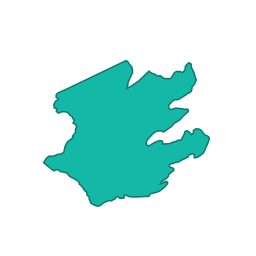 São João de Pirabas, Pará, Brazil (Equal Earth projection), rotated 54°
{"feature_id": "56859067B96544819367141", "entity_name": "São João de Pirabas", "entity_type": "district", "adm_level": 2, "iso_a3": "BRA", "parent_name": "Brazil", "parent_adm1": "Pará", "projection": "equal_earth", "projection_center": [-47.192, -0.774], "detail": "fine", "context": "isolated", "style": "filled", "palette": "teal", "viewbox_px": 256, "rotation_deg": 54, "n_neighbors": 0, "source": "geoboundaries", "source_scale": "gbopen_adm2", "svg_char_len": 3372}
<svg xmlns="http://www.w3.org/2000/svg" viewBox="0 0 256 256"><g transform="rotate(54 128 128)"><path d="M58.4,164.8L59.0,166.6L61.0,168.2L63.5,167.0L63.9,168.6L63.7,170.4L65.2,174.1L68.4,175.9L70.4,174.2L72.4,176.2L73.7,175.9L75.1,175.5L76.1,171.8L77.9,169.3L79.2,168.1L81.4,167.4L83.4,167.6L85.8,166.4L87.1,167.0L90.4,167.0L91.7,169.6L93.9,168.5L96.5,168.6L98.6,171.7L100.6,172.9L101.1,174.5L101.9,177.4L103.3,178.2L103.5,180.8L103.5,183.0L103.9,185.8L105.0,188.2L106.4,190.3L107.8,191.9L109.8,194.0L109.8,195.8L109.4,197.9L107.9,200.6L107.4,203.2L106.3,206.1L105.2,207.2L104.3,208.5L104.5,211.9L105.2,213.6L106.5,216.7L112.7,215.0L118.9,213.3L119.6,210.8L120.6,208.9L122.8,208.5L124.2,207.7L125.9,205.9L127.1,204.9L129.2,203.7L131.2,203.8L133.3,203.5L135.3,202.4L139.8,200.3L142.7,199.5L144.9,200.4L146.2,200.0L148.2,199.6L151.4,199.8L153.6,199.8L155.0,199.0L158.5,200.6L160.7,199.9L163.0,201.3L165.1,201.7L166.7,202.2L170.4,200.7L173.3,198.6L174.4,196.4L174.2,191.8L174.9,188.0L175.8,185.8L177.3,184.1L177.2,182.3L177.7,180.1L176.7,178.9L177.5,176.5L179.9,176.0L181.2,174.6L182.2,172.0L180.2,171.0L180.7,169.0L182.5,168.4L184.4,167.2L185.9,165.6L188.5,162.1L195.5,151.3L194.5,149.5L194.8,147.1L195.7,145.6L196.3,143.9L197.0,141.9L197.6,139.4L197.5,137.3L197.5,134.7L197.1,131.8L196.5,129.5L195.6,128.0L194.0,128.0L193.1,129.7L193.0,132.6L192.2,134.8L191.3,133.1L191.0,129.8L191.4,126.6L190.8,123.7L189.5,122.4L189.4,120.4L189.2,118.4L189.4,116.2L187.6,114.9L185.9,115.9L184.0,117.1L182.6,116.8L181.9,114.8L182.8,113.2L183.5,111.3L184.0,109.4L185.2,107.1L185.3,104.8L185.7,102.6L186.1,100.3L186.3,98.5L186.7,96.7L185.6,94.5L186.7,91.0L188.4,89.9L189.7,90.7L191.0,91.9L192.4,89.6L192.7,87.1L192.7,84.6L192.4,81.4L191.3,79.1L189.5,76.3L188.5,74.5L187.6,73.0L186.1,70.8L184.5,68.5L182.7,67.9L181.5,68.3L180.2,69.0L178.7,70.0L176.4,70.1L174.7,70.1L173.4,70.0L171.9,70.4L169.9,71.8L168.5,73.8L168.4,76.5L170.6,78.1L170.8,80.6L168.7,80.6L166.7,80.9L164.9,81.8L164.3,83.9L165.3,85.2L166.3,86.7L167.2,88.6L168.2,90.4L169.0,92.2L167.5,94.3L166.9,97.4L166.1,99.4L165.6,101.5L164.8,104.1L161.3,109.4L159.7,108.1L158.2,108.2L156.9,109.6L156.0,112.1L155.3,115.2L155.1,117.8L155.0,120.3L154.3,122.2L152.6,122.9L150.7,122.0L149.3,120.1L148.1,115.9L147.8,113.6L147.3,111.9L147.2,108.2L147.9,105.8L148.8,104.4L150.1,102.4L151.9,101.9L152.3,100.1L152.3,98.1L152.3,95.3L152.3,92.2L151.8,89.4L151.3,87.7L151.6,85.4L151.8,83.1L151.9,81.1L150.8,76.6L150.6,74.3L150.3,72.0L150.3,70.3L149.3,68.7L147.6,68.8L146.5,70.9L144.7,72.5L143.1,74.1L141.3,76.3L140.1,77.4L139.4,79.1L139.0,80.7L138.4,82.3L136.9,83.1L135.3,83.0L133.6,81.7L132.9,78.6L132.3,75.9L132.8,73.2L134.0,71.7L134.7,69.6L135.0,65.0L135.2,61.3L135.1,59.4L135.6,57.6L135.5,55.1L134.0,53.5L132.5,52.1L132.0,50.1L131.2,47.6L130.4,46.2L129.0,44.4L127.0,43.9L125.2,43.3L123.4,42.6L121.7,42.0L119.5,41.7L115.3,40.8L113.5,39.3L111.0,40.3L111.2,43.1L112.3,46.0L114.1,47.0L114.9,49.0L115.1,51.5L112.9,52.6L112.0,54.2L110.8,55.2L110.5,57.9L111.5,60.0L113.1,64.3L111.3,67.1L110.3,68.2L109.1,69.8L106.7,70.4L105.2,70.9L104.0,71.9L103.5,73.8L100.3,74.6L97.9,76.4L96.1,77.3L94.3,77.5L95.9,88.8L96.3,91.9L96.2,93.7L96.1,98.3L96.0,100.9L95.4,105.4L91.0,100.8L85.6,91.5L83.3,90.1L81.0,89.1L78.2,89.3L76.3,89.4L74.0,89.2L72.3,90.0L66.2,123.4L61.5,149.1L60.1,156.5L59.2,160.7L58.4,164.8Z" fill="#14b8a6" stroke="#0f766e" stroke-width="1.5"/></g></svg>